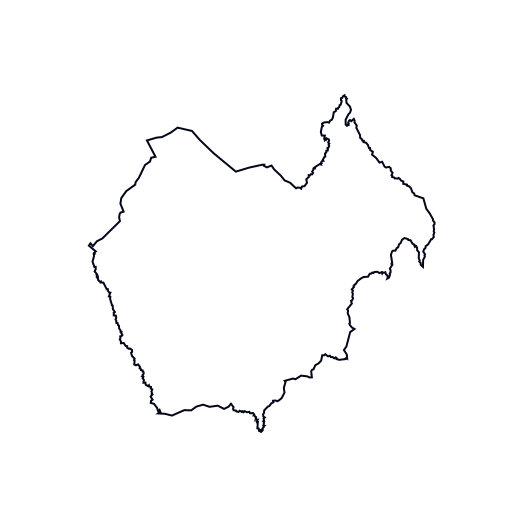 Chivolo, Magdalena, Colombia (Robinson projection), rotated 200°
{"feature_id": "7082276B43456063324941", "entity_name": "Chivolo", "entity_type": "district", "adm_level": 2, "iso_a3": "COL", "parent_name": "Colombia", "parent_adm1": "Magdalena", "projection": "robinson", "projection_center": [-74.55, 10.09], "detail": "fine", "context": "isolated", "style": "outline", "palette": "ink", "viewbox_px": 512, "rotation_deg": 200, "n_neighbors": 0, "source": "geoboundaries", "source_scale": "gbopen_adm2", "svg_char_len": 6101}
<svg xmlns="http://www.w3.org/2000/svg" viewBox="0 0 512 512"><g transform="rotate(200 256 256)"><path d="M327.3,112.3L326.9,110.7L326.0,110.9L325.1,109.5L323.4,109.7L323.1,108.7L322.0,108.5L321.3,106.9L321.9,105.1L320.7,104.2L321.2,103.8L320.6,103.7L320.7,102.3L318.9,101.2L318.4,98.4L316.6,99.2L315.6,97.3L313.1,96.8L312.5,97.9L311.9,96.8L309.9,97.0L309.6,95.5L307.8,95.2L307.9,92.9L306.8,91.5L306.8,90.6L306.0,90.5L306.9,87.8L304.0,85.6L305.1,84.1L304.6,81.9L301.3,82.2L297.2,79.6L294.8,76.6L294.0,78.4L292.3,76.5L293.8,74.7L287.5,76.6L280.4,77.3L270.7,86.6L264.1,88.8L260.5,94.1L254.9,98.2L248.0,98.4L240.7,102.3L233.7,101.4L230.2,105.1L229.0,108.6L225.4,106.3L225.3,104.6L224.3,103.4L221.8,103.9L221.3,103.2L219.1,103.5L218.4,105.0L215.9,104.6L215.8,105.5L215.0,105.7L214.2,105.1L213.5,106.3L211.0,106.1L209.0,107.3L207.8,106.2L205.0,107.4L203.5,106.5L203.6,105.6L203.0,105.9L202.2,104.8L200.8,104.6L200.5,102.8L200.3,103.3L199.0,102.2L198.4,102.6L198.7,100.4L198.1,99.9L197.4,100.4L195.8,94.6L194.6,94.9L193.5,93.0L193.0,93.4L193.2,92.9L191.1,92.4L190.4,93.7L190.8,94.6L190.2,94.8L190.8,96.3L190.2,98.1L191.0,98.8L190.4,99.4L191.0,99.4L191.6,102.6L192.6,103.1L191.9,103.7L193.3,105.9L192.5,107.3L194.1,107.6L195.2,109.5L194.8,111.4L195.5,113.7L193.4,118.5L192.2,119.5L191.2,122.8L189.6,124.5L190.5,125.8L188.5,126.8L185.9,127.0L183.3,131.1L182.5,137.4L184.7,141.5L185.2,147.8L186.3,148.5L179.3,153.5L176.8,153.7L172.7,159.0L166.9,160.4L164.0,160.2L162.0,161.1L164.7,166.5L164.5,168.1L163.2,169.3L162.9,173.7L160.6,176.3L159.0,179.9L159.8,185.4L157.9,186.1L157.3,187.4L154.0,186.3L152.5,187.6L151.0,186.6L149.3,187.3L147.5,186.6L146.4,188.0L145.4,187.7L145.1,186.7L142.3,186.9L136.7,189.7L137.0,190.1L136.2,191.2L135.3,190.9L137.0,194.5L141.2,197.7L140.1,201.9L141.5,216.7L138.5,221.1L141.3,221.6L144.2,223.2L145.2,224.4L144.8,225.3L147.4,230.6L150.2,233.4L150.8,236.2L152.1,237.1L149.7,244.1L151.4,246.4L150.6,247.1L150.3,249.5L151.5,250.5L152.0,253.6L153.1,254.6L153.1,256.6L154.6,257.4L153.4,260.1L154.1,261.0L153.4,261.9L153.7,262.6L152.6,264.1L152.0,267.2L149.4,271.2L147.6,273.1L143.7,274.8L143.0,278.3L141.6,278.9L141.1,280.2L139.8,280.2L139.3,281.5L136.4,282.7L134.2,282.1L132.5,283.7L131.5,282.7L131.4,284.0L130.1,284.0L128.9,285.0L127.6,283.2L126.0,282.8L124.9,281.0L124.9,279.7L123.6,281.2L123.7,284.3L124.4,285.4L123.9,286.4L124.7,288.7L125.9,289.9L124.9,294.3L125.8,294.6L126.1,295.4L125.6,296.0L129.6,303.2L129.7,306.8L129.0,307.9L126.8,308.7L126.5,311.5L125.4,312.8L125.6,315.8L124.5,317.8L124.3,321.3L122.7,323.6L119.0,323.9L118.3,323.1L116.2,323.7L113.2,321.1L111.5,320.9L110.6,319.8L110.6,320.4L109.1,320.2L108.9,319.3L107.6,319.2L106.5,316.5L104.1,315.2L102.4,309.8L100.6,307.7L100.7,306.6L98.9,305.8L98.2,304.1L95.4,302.9L97.6,309.5L97.1,313.1L97.9,314.3L97.7,315.4L100.3,317.3L100.4,319.8L99.5,321.4L99.9,323.3L98.3,325.7L97.1,331.7L96.4,331.9L95.4,334.7L96.5,336.5L96.4,339.0L97.3,339.7L97.9,342.2L99.7,345.4L99.1,346.8L99.7,348.6L101.9,349.9L102.3,351.1L107.4,355.5L112.2,358.7L118.4,367.4L127.7,367.3L128.8,368.9L130.8,369.3L133.5,372.6L135.8,373.8L138.3,373.8L138.5,374.7L142.3,374.2L143.0,376.4L145.6,376.5L147.3,377.8L148.7,378.1L148.9,377.4L152.2,376.4L152.8,377.0L155.1,376.8L155.5,378.1L156.3,378.3L156.1,380.9L158.5,382.3L159.4,384.5L161.5,385.3L164.1,383.6L165.8,384.0L169.7,387.7L171.9,386.0L176.6,389.2L181.6,390.9L181.8,393.9L184.9,394.6L185.7,396.4L186.7,396.0L188.8,398.6L191.3,400.1L193.9,399.8L194.1,401.1L195.5,400.8L196.6,402.1L198.4,402.5L199.7,405.3L205.6,410.8L205.9,413.0L209.2,415.3L209.6,416.9L211.0,418.3L212.6,415.3L214.2,415.9L214.8,415.0L214.9,412.7L214.1,412.0L214.6,411.2L213.9,410.7L215.1,409.5L216.7,410.2L218.4,414.8L217.6,420.9L216.7,422.7L216.7,425.8L218.9,428.6L223.3,430.8L224.7,433.9L224.4,434.8L225.3,434.9L225.6,436.1L227.1,436.2L227.8,437.3L228.9,435.8L229.0,434.2L230.1,433.3L229.4,431.5L228.4,430.9L228.2,427.1L229.0,426.4L228.7,424.4L229.5,423.3L229.3,422.5L231.1,421.8L230.6,419.3L232.1,417.7L231.1,412.5L231.3,410.1L232.8,408.3L233.0,406.3L234.8,406.2L237.8,404.7L239.2,403.0L238.7,401.8L237.5,401.3L238.3,399.9L237.5,394.7L235.4,391.7L232.5,392.7L232.1,389.6L231.1,388.5L230.8,389.9L230.0,389.3L229.9,390.7L227.4,390.4L226.8,389.4L227.0,387.3L225.6,386.8L225.8,385.2L224.9,384.5L224.8,383.3L225.8,381.8L225.0,381.2L224.7,379.6L225.9,379.0L225.4,377.4L226.2,375.9L224.9,373.1L225.7,372.3L226.1,369.2L225.2,368.4L226.4,367.7L226.8,366.2L226.1,365.5L226.9,364.8L226.3,364.2L227.7,364.0L230.8,359.9L230.6,358.7L231.5,358.8L232.0,357.9L231.5,357.2L232.1,354.5L230.9,353.7L231.1,352.0L232.3,351.7L232.9,350.2L234.1,350.0L233.4,348.3L235.0,345.3L233.1,342.2L234.3,338.3L236.6,337.0L236.6,334.7L238.0,335.2L240.5,334.5L241.5,333.3L249.0,336.5L254.9,336.8L260.2,340.0L268.6,343.6L272.3,346.3L276.1,343.0L279.5,343.5L279.5,344.6L281.2,344.0L292.7,336.7L303.8,328.4L330.8,338.0L348.4,345.8L358.9,351.6L373.6,349.8L378.3,342.8L385.0,335.6L389.8,333.3L398.0,327.3L384.4,314.9L388.1,312.5L387.9,308.5L391.4,303.6L392.8,289.5L394.4,284.2L393.9,281.8L400.1,272.6L402.4,264.3L401.3,258.8L395.6,252.4L398.1,250.5L398.5,249.0L397.9,245.6L395.8,242.2L406.4,219.9L410.5,215.5L412.6,209.6L415.9,211.3L416.6,208.6L408.1,205.5L409.2,203.6L408.4,203.0L409.2,202.5L408.2,200.6L407.7,194.8L404.1,190.4L403.0,191.0L402.1,188.8L402.4,186.4L399.9,184.9L399.0,183.1L398.7,183.9L397.9,183.1L397.4,182.3L397.9,181.3L396.7,180.9L396.3,179.6L394.0,178.4L393.1,179.0L392.8,178.0L390.3,178.8L384.9,173.7L384.0,174.2L383.0,172.5L381.4,171.4L380.3,171.7L380.4,167.7L379.0,167.9L378.3,165.6L374.5,160.5L373.8,160.5L372.2,157.0L369.5,155.1L370.3,154.0L369.3,151.5L367.3,152.1L366.2,150.2L366.3,148.3L365.3,147.6L364.3,145.3L363.1,145.6L362.2,144.1L361.0,143.7L359.8,141.1L357.8,139.7L357.4,138.5L356.4,138.7L356.3,137.5L354.5,136.1L354.9,134.9L356.1,134.1L355.3,132.3L355.5,131.1L353.7,129.6L353.1,127.8L350.6,129.0L347.7,126.9L346.2,127.2L345.6,125.7L343.6,125.3L342.9,126.0L340.4,125.3L339.6,123.5L340.3,122.3L338.3,119.6L334.9,118.0L335.1,116.4L334.2,116.0L333.3,112.4L331.5,112.2L329.8,113.8L327.3,112.3Z" fill="none" stroke="#020617" stroke-width="2"/></g></svg>